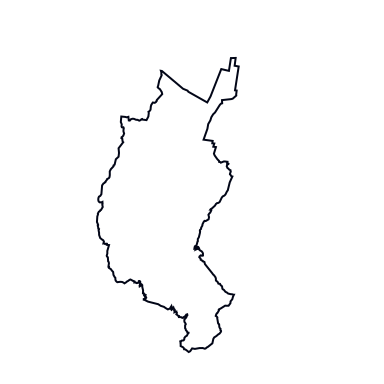 the district of Turt, Satu Mare, Romania, rotated 123°
{"feature_id": "2599482B52636092588365", "entity_name": "Turt", "entity_type": "district", "adm_level": 2, "iso_a3": "ROU", "parent_name": "Romania", "parent_adm1": "Satu Mare", "projection": "natural_earth1", "projection_center": [23.217, 48.001], "detail": "fine", "context": "isolated", "style": "outline", "palette": "ink", "viewbox_px": 384, "rotation_deg": 123, "n_neighbors": 0, "source": "geoboundaries", "source_scale": "gbopen_adm2", "svg_char_len": 6104}
<svg xmlns="http://www.w3.org/2000/svg" viewBox="0 0 384 384"><g transform="rotate(123 192 192)"><path d="M328.2,113.0L327.7,112.1L327.7,110.5L328.0,107.6L326.5,106.8L323.1,106.7L322.0,104.1L318.8,100.7L317.0,98.0L316.5,96.0L315.9,95.4L314.0,94.8L313.2,94.3L307.8,92.5L303.6,94.1L301.9,94.2L299.5,93.1L297.0,92.4L295.9,91.8L293.8,91.6L292.9,91.8L292.5,92.2L292.4,92.9L291.2,93.6L291.2,94.2L290.3,95.6L288.2,97.2L288.1,97.6L288.3,97.6L287.9,98.6L284.1,102.1L283.4,102.4L283.0,103.4L283.0,104.6L281.2,105.1L279.8,105.0L279.7,104.8L276.7,104.9L276.4,105.4L275.8,105.5L274.3,104.6L269.3,102.3L267.5,99.4L264.4,99.2L262.7,100.1L260.0,99.8L257.5,100.6L255.3,100.9L255.6,101.4L255.9,102.6L256.7,104.1L257.5,106.4L257.3,108.0L257.5,109.6L256.7,112.0L256.8,113.4L256.2,114.2L255.0,115.2L254.6,115.9L254.6,117.1L253.8,118.5L254.5,119.9L253.4,121.7L253.3,123.4L253.1,123.8L251.4,125.0L250.6,126.1L250.4,126.9L249.9,127.8L249.7,129.3L249.1,130.8L245.4,141.9L243.9,143.5L244.3,145.3L243.9,145.6L244.1,147.8L243.2,148.5L242.7,150.4L241.9,150.6L240.4,150.2L240.2,150.0L240.2,149.3L239.9,148.7L239.3,148.2L237.5,149.4L236.9,150.4L236.5,151.6L236.6,153.9L235.3,155.5L234.7,156.8L234.8,157.3L235.1,157.6L235.4,157.5L235.5,156.8L236.0,156.4L235.9,156.1L236.4,155.6L236.7,156.5L238.1,157.4L237.2,157.5L236.9,157.9L236.9,158.4L237.3,158.9L237.9,158.7L238.3,159.1L237.7,159.4L236.4,159.1L236.1,159.4L236.3,159.9L236.0,160.0L234.6,159.2L232.9,159.6L230.5,160.4L230.1,160.3L228.3,161.5L226.2,161.6L221.9,163.1L220.7,163.7L220.4,164.2L219.6,164.6L218.0,164.3L216.9,164.9L214.6,165.0L213.4,165.6L210.9,165.9L209.4,165.8L208.9,164.7L205.9,163.2L203.8,164.0L202.2,165.8L200.7,165.8L199.3,165.5L196.9,165.8L196.1,166.4L196.6,167.0L196.3,167.0L194.8,166.3L190.9,165.3L189.1,165.4L187.6,164.9L187.1,164.2L186.0,163.6L185.2,163.4L180.4,164.0L178.9,163.8L177.4,162.9L175.9,162.6L172.5,163.0L171.1,162.9L163.4,165.6L157.0,166.6L157.3,167.6L156.5,169.4L156.5,169.8L156.0,170.1L153.8,170.6L153.4,171.2L152.8,171.5L152.9,173.2L152.5,174.5L152.6,175.2L151.6,176.8L150.1,177.4L148.9,176.7L147.7,176.8L148.4,177.1L149.2,177.9L148.3,178.6L147.4,178.8L148.5,181.1L149.0,181.9L151.7,183.8L151.5,184.5L152.0,185.6L151.2,186.3L150.7,188.6L149.0,192.9L147.9,194.5L141.3,196.4L142.4,198.8L139.2,199.7L140.1,201.5L137.9,202.5L141.8,210.8L130.6,213.5L126.2,215.4L122.0,215.6L118.8,216.5L115.3,216.6L112.8,216.0L103.7,216.1L102.1,215.8L101.2,215.0L98.6,216.9L92.8,209.8L91.6,208.7L87.0,207.4L86.1,208.1L82.6,209.8L83.3,211.3L61.3,221.2L62.9,225.0L55.8,228.4L58.5,232.3L70.3,227.0L73.0,234.4L101.8,228.5L108.6,228.0L109.9,249.1L109.9,249.8L109.4,250.9L110.3,255.7L106.9,283.1L107.3,284.1L108.3,282.9L110.3,281.6L110.4,281.1L110.7,281.0L116.3,280.2L121.2,278.3L122.8,277.9L123.2,276.6L123.2,275.0L124.6,271.9L126.1,270.3L134.0,271.6L134.7,271.2L135.0,271.4L136.0,271.2L137.5,271.8L138.3,273.6L141.1,273.6L142.7,273.1L145.6,271.6L147.5,271.7L148.4,272.2L149.4,271.2L152.5,269.7L156.5,269.3L158.6,273.8L158.3,273.9L158.4,274.0L159.8,274.3L160.9,275.1L161.1,276.9L161.9,278.3L162.3,280.6L162.9,281.7L164.1,282.8L166.0,283.1L166.4,284.0L163.6,286.3L164.9,287.4L165.4,288.9L167.2,292.4L172.1,289.8L173.5,287.8L175.4,286.8L175.9,286.1L175.8,285.6L175.1,284.8L175.6,284.0L177.4,283.2L178.6,282.4L179.9,280.8L182.2,280.3L183.6,280.5L184.4,280.9L185.3,280.5L185.2,279.6L187.2,277.9L187.6,277.4L187.7,276.8L195.3,277.4L199.0,274.5L202.4,272.8L206.0,273.7L211.2,271.8L212.5,272.3L213.2,271.8L217.1,272.5L219.5,272.2L222.5,270.2L224.4,269.3L225.7,269.3L227.4,270.2L227.6,270.0L229.7,270.2L230.8,270.0L231.3,270.4L232.0,270.3L233.0,270.9L235.4,271.0L243.2,266.8L245.2,266.8L246.6,267.5L248.1,267.2L249.7,266.3L250.7,265.2L250.9,264.5L250.9,263.6L250.2,262.8L250.2,262.3L249.1,261.7L250.7,260.5L251.4,260.4L253.2,258.7L256.6,258.5L257.4,259.0L258.0,258.8L259.3,259.4L261.4,259.2L261.8,258.7L264.1,258.1L268.9,255.4L270.6,252.9L270.9,252.7L271.3,252.9L272.4,251.9L272.9,251.2L273.7,250.7L273.7,249.8L274.2,249.6L274.5,249.7L275.2,249.3L276.7,247.8L278.6,246.5L280.6,243.9L280.9,241.0L280.8,240.2L281.5,238.9L283.3,238.3L283.0,238.0L282.9,237.4L283.1,237.1L282.7,236.4L282.2,236.0L282.6,235.3L282.0,234.9L282.6,234.4L281.7,232.7L287.6,230.9L289.7,229.5L291.9,228.8L292.4,228.2L292.6,227.0L295.8,224.6L295.9,224.1L296.9,222.9L300.4,221.3L300.5,221.0L300.2,220.7L300.9,220.3L300.9,217.9L301.5,216.6L302.0,214.6L304.3,212.7L305.4,210.7L305.7,209.6L307.2,208.5L307.9,207.7L308.3,206.3L308.3,205.5L306.5,203.4L305.5,201.6L305.3,200.0L305.4,198.9L303.5,198.0L302.5,197.8L301.3,197.1L300.1,196.7L299.0,196.1L298.8,195.2L298.7,192.9L298.5,192.7L298.3,191.6L299.3,191.1L298.5,190.1L298.5,189.6L298.7,189.2L298.5,188.7L297.3,187.5L295.7,188.1L295.2,187.5L295.3,186.7L296.1,186.1L298.5,185.0L299.0,185.0L299.6,184.5L298.7,184.1L297.7,184.3L296.9,184.0L297.2,183.0L298.7,182.0L301.2,179.4L303.6,178.0L303.3,177.3L303.7,177.0L303.5,176.6L303.6,176.0L304.8,175.8L304.8,175.5L304.1,174.8L305.4,174.5L305.6,173.6L305.0,173.7L305.6,172.8L306.2,172.9L307.2,173.6L307.8,173.6L308.1,174.1L308.6,173.8L308.4,173.4L307.7,173.1L307.8,172.6L308.3,172.8L307.9,169.2L304.5,159.2L304.5,156.2L303.6,153.0L303.7,150.9L303.6,148.3L301.9,147.1L299.2,147.1L299.8,146.6L299.2,146.6L299.5,146.1L301.5,145.4L301.8,145.5L302.0,145.0L300.3,144.6L300.2,144.2L299.4,144.5L299.1,144.5L299.8,143.6L300.0,142.7L300.3,142.5L300.3,142.2L300.6,142.0L301.2,142.2L301.3,141.7L302.4,141.2L301.5,140.6L301.1,140.5L300.9,140.2L301.2,140.1L301.1,139.6L301.6,138.8L303.1,138.5L303.1,137.6L303.4,136.4L303.1,135.3L304.0,134.8L303.0,133.2L302.7,132.0L302.9,131.6L302.4,131.0L301.4,130.8L300.1,130.1L297.9,130.0L297.2,129.4L297.8,128.8L298.4,129.0L299.4,128.6L301.4,128.6L302.7,128.9L303.4,128.8L304.7,127.9L305.1,127.5L305.8,125.8L306.3,125.2L307.5,125.2L310.0,123.6L310.3,122.8L311.2,121.9L311.7,120.0L312.4,119.4L312.4,118.9L311.9,118.2L312.0,118.1L313.4,118.3L315.2,118.0L316.9,118.8L318.6,118.9L319.6,118.3L320.8,118.2L321.3,118.5L322.1,119.6L323.1,119.8L323.5,120.5L323.8,120.4L323.9,120.0L324.8,119.5L324.8,119.3L327.4,117.6L327.1,114.9L327.4,113.8L328.2,113.0Z" fill="none" stroke="#020617" stroke-width="2"/></g></svg>